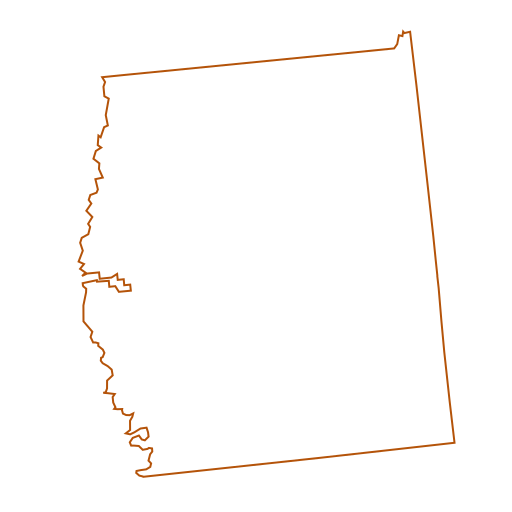 Grand, Utah, United States of America, rotated 354°
{"feature_id": "52423323B60720449434495", "entity_name": "Grand", "entity_type": "district", "adm_level": 2, "iso_a3": "USA", "parent_name": "United States of America", "parent_adm1": "Utah", "projection": "albers", "projection_center": [-109.925, 39.0], "detail": "fine", "context": "isolated", "style": "outline", "palette": "amber", "viewbox_px": 512, "rotation_deg": 354, "n_neighbors": 0, "source": "geoboundaries", "source_scale": "gbopen_adm2", "svg_char_len": 1868}
<svg xmlns="http://www.w3.org/2000/svg" viewBox="0 0 512 512"><g transform="rotate(354 256 256)"><path d="M433.9,462.5L433.4,421.3L433.2,371.3L433.6,340.0L434.3,307.1L434.2,294.9L434.3,294.5L434.3,279.1L434.3,278.9L434.4,255.3L434.1,203.0L433.4,103.3L432.7,49.1L426.9,49.8L425.8,48.2L424.6,52.6L421.2,51.4L418.6,60.0L415.1,64.0L144.3,62.2L121.7,62.1L124.1,67.2L122.0,71.7L121.9,81.3L126.0,84.1L121.3,100.2L122.3,110.7L118.4,112.0L113.9,121.7L111.9,119.8L110.2,129.2L113.4,132.0L107.7,134.8L104.5,142.3L109.9,147.5L108.9,153.0L111.8,162.0L104.3,162.8L105.7,173.3L104.0,176.4L97.6,178.0L95.5,182.7L97.7,186.6L92.0,193.3L97.3,200.1L92.4,206.5L94.1,209.7L91.5,216.8L84.6,219.7L82.5,224.5L84.3,232.6L79.0,243.0L84.1,246.0L79.7,250.4L84.8,254.8L80.9,257.7L86.1,255.8L98.2,255.9L98.2,262.3L110.0,262.3L116.0,259.3L116.0,265.3L122.0,265.3L121.9,271.3L127.9,271.3L127.9,277.4L115.9,277.3L112.9,271.3L106.9,271.3L107.0,265.3L95.2,264.9L95.2,263.4L80.8,264.9L80.8,267.2L81.1,268.2L83.7,270.8L83.2,274.4L79.2,287.1L77.6,303.0L85.3,314.2L83.0,319.3L85.0,325.0L87.4,325.2L90.1,326.3L89.7,328.9L93.9,333.1L95.1,336.5L92.9,340.6L91.3,341.0L90.7,343.9L92.3,346.6L97.1,350.1L100.6,353.9L101.0,359.7L94.9,364.3L94.0,372.2L92.3,375.8L89.8,376.1L94.1,376.9L101.1,378.5L98.7,381.3L98.7,386.9L100.4,391.7L99.0,393.2L102.3,393.9L106.9,394.2L106.6,395.3L107.2,398.8L110.2,400.6L113.7,401.1L117.4,399.7L116.2,403.0L113.5,406.7L112.6,415.9L108.0,418.8L112.2,420.2L116.7,418.6L123.1,415.5L129.2,415.3L130.2,420.0L130.3,424.4L126.2,427.7L123.2,426.5L120.8,422.3L114.4,424.0L111.0,428.1L112.0,431.5L114.8,431.8L119.6,432.7L123.1,436.9L128.0,436.5L129.4,435.7L132.5,436.5L132.4,439.6L130.0,442.1L127.7,448.3L130.0,451.3L128.8,454.7L124.5,456.7L119.0,456.9L114.7,457.3L114.2,459.2L117.0,462.2L120.6,463.5L120.8,463.8L299.2,463.4L433.9,462.5Z" fill="none" stroke="#b45309" stroke-width="2"/></g></svg>